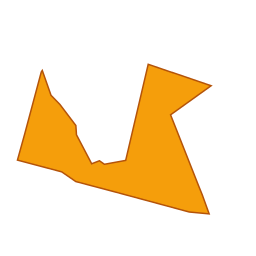 outline of Akjoujt, Inchiri, Mauritania, rotated 104°
{"feature_id": "47542326B26316239883363", "entity_name": "Akjoujt", "entity_type": "district", "adm_level": 2, "iso_a3": "MRT", "parent_name": "Mauritania", "parent_adm1": "Inchiri", "projection": "robinson", "projection_center": [-14.718, 19.947], "detail": "fine", "context": "isolated", "style": "filled", "palette": "amber", "viewbox_px": 256, "rotation_deg": 104, "n_neighbors": 0, "source": "geoboundaries", "source_scale": "gbopen_adm2", "svg_char_len": 480}
<svg xmlns="http://www.w3.org/2000/svg" viewBox="0 0 256 256"><g transform="rotate(104 128 128)"><path d="M92.9,225.1L94.6,225.7L159.1,226.8L185.9,227.5L186.6,181.7L192.6,165.7L193.2,124.6L194.7,48.3L191.7,28.5L175.0,39.7L167.3,45.3L104.9,89.9L66.9,57.6L63.4,98.3L63.5,98.3L61.3,123.8L160.0,122.4L168.9,142.1L166.7,147.8L171.5,154.6L164.3,161.0L147.0,176.4L145.0,177.0L138.2,179.2L121.6,199.8L114.9,210.6L92.9,225.1Z" fill="#f59e0b" stroke="#b45309" stroke-width="1.5"/></g></svg>